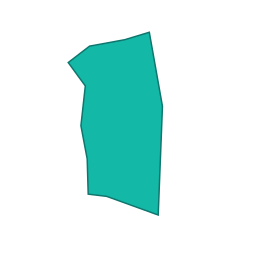 map outline of Ruggell (Natural Earth projection), rotated 148°
{"feature_id": "LIE-4898", "entity_name": "Ruggell", "entity_type": "state/province", "adm_level": 1, "iso_a3": "LIE", "parent_name": "Liechtenstein", "parent_adm1": "", "projection": "natural_earth1", "projection_center": [9.518, 47.244], "detail": "fine", "context": "isolated", "style": "filled", "palette": "teal", "viewbox_px": 256, "rotation_deg": 148, "n_neighbors": 0, "source": "natural_earth", "source_scale": "10m", "svg_char_len": 308}
<svg xmlns="http://www.w3.org/2000/svg" viewBox="0 0 256 256"><g transform="rotate(148 128 128)"><path d="M148.5,38.2L182.3,81.3L196.8,93.0L179.0,123.4L166.7,154.9L141.9,186.3L144.0,215.2L117.2,217.8L84.2,204.7L59.2,197.9L87.3,128.1L148.5,38.2Z" fill="#14b8a6" stroke="#0f766e" stroke-width="1.5"/></g></svg>